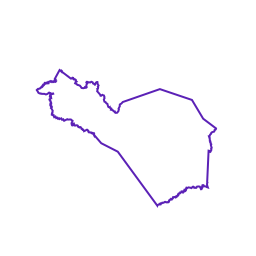 Derwent Valley, Tasmania, Australia (Robinson projection), rotated 208°
{"feature_id": "25037944B77062531378131", "entity_name": "Derwent Valley", "entity_type": "district", "adm_level": 2, "iso_a3": "AUS", "parent_name": "Australia", "parent_adm1": "Tasmania", "projection": "robinson", "projection_center": [146.703, -42.804], "detail": "fine", "context": "isolated", "style": "outline", "palette": "violet", "viewbox_px": 256, "rotation_deg": 208, "n_neighbors": 0, "source": "geoboundaries", "source_scale": "gbopen_adm2", "svg_char_len": 5851}
<svg xmlns="http://www.w3.org/2000/svg" viewBox="0 0 256 256"><g transform="rotate(208 128 128)"><path d="M208.0,113.2L207.5,112.2L207.3,112.2L207.4,111.8L206.0,111.4L206.1,110.9L205.4,110.8L205.5,110.5L205.1,110.4L205.3,109.4L204.6,109.2L202.5,107.8L202.1,105.7L201.8,105.8L201.5,104.8L201.8,104.7L201.6,104.1L200.8,104.3L200.7,104.0L199.6,104.3L199.5,103.9L198.2,102.9L197.4,104.1L196.7,103.7L196.8,103.6L196.0,103.0L195.1,104.0L194.1,103.3L193.4,104.2L192.7,103.7L191.4,105.2L190.0,104.3L189.2,105.3L187.8,104.4L185.8,107.2L185.5,107.1L185.0,107.2L183.1,108.4L182.3,108.7L181.4,108.4L180.4,108.4L180.1,107.4L180.2,106.4L180.1,105.7L179.1,104.4L178.6,104.1L178.0,104.3L177.5,104.9L177.6,105.3L178.2,106.0L177.9,106.5L176.8,105.6L175.9,105.2L174.8,106.2L174.1,106.5L173.4,106.5L173.0,105.9L172.4,105.6L171.8,105.6L171.3,106.0L170.9,105.8L170.7,106.0L170.6,106.4L170.2,106.5L169.9,106.2L169.0,106.0L168.5,105.4L167.9,105.7L167.1,105.6L166.9,105.4L167.4,105.2L167.0,105.0L166.1,105.2L165.6,105.0L165.3,104.6L164.3,105.9L163.7,107.0L163.3,107.3L161.8,107.0L161.5,106.7L161.5,106.3L161.1,106.0L160.3,105.8L159.5,106.4L158.6,106.4L158.3,106.8L158.2,106.8L158.2,106.5L157.6,106.3L156.9,106.6L157.1,107.0L156.9,107.1L156.6,107.0L156.3,106.5L156.0,106.4L155.7,106.7L155.9,107.2L155.7,107.4L155.2,107.0L155.4,106.3L154.5,105.9L154.6,105.7L153.9,105.2L153.9,105.6L153.5,105.5L144.5,102.0L125.9,102.3L65.7,73.2L65.8,73.6L65.3,74.4L64.6,75.0L64.6,75.7L63.9,75.6L63.4,75.8L63.5,76.5L63.3,76.7L63.5,77.1L62.6,77.7L62.6,78.2L61.8,78.5L61.5,78.7L60.9,79.9L60.7,80.1L60.4,80.0L60.1,80.3L59.1,80.4L58.7,80.9L58.2,80.9L57.9,81.3L57.7,81.3L57.6,81.7L57.3,81.8L57.2,82.3L57.6,82.7L57.6,83.2L57.7,83.4L57.4,83.7L57.3,84.5L56.4,84.9L56.4,85.1L56.8,85.3L56.8,85.5L56.1,85.6L56.2,85.8L55.8,85.9L55.5,86.3L55.5,86.6L55.7,87.8L55.2,87.8L55.0,88.6L54.1,89.1L53.3,89.0L53.2,89.2L53.8,89.4L53.3,89.7L53.2,90.2L53.3,90.6L52.9,90.8L52.6,90.8L52.6,91.1L52.1,91.7L52.2,92.1L52.1,92.3L52.7,92.7L52.6,93.8L52.3,94.2L52.0,94.1L51.9,94.5L51.5,94.6L51.3,95.1L51.5,95.5L51.1,95.6L50.9,96.1L51.0,97.1L50.3,97.3L49.8,96.9L49.2,96.8L49.1,97.9L49.3,98.2L48.8,98.5L49.0,99.3L48.6,99.2L48.5,98.3L47.8,99.2L47.6,100.1L47.7,100.6L48.6,100.8L48.1,101.7L48.4,102.3L48.4,102.7L47.5,102.7L46.8,103.9L44.8,104.6L43.9,104.6L43.6,105.1L43.4,106.2L43.0,106.8L42.2,106.8L41.6,106.4L41.5,106.7L40.5,106.7L40.1,107.2L39.7,107.2L39.6,107.4L39.8,107.7L39.5,108.7L38.1,109.6L37.1,109.9L36.0,109.2L34.8,108.2L34.4,108.5L34.6,109.0L34.4,109.7L34.7,110.0L34.5,110.4L35.1,110.7L34.9,111.4L35.4,112.2L35.1,112.5L35.0,112.8L34.6,112.9L34.4,112.5L34.0,112.6L33.3,112.3L32.9,112.6L32.0,112.8L31.3,113.3L30.8,112.8L29.6,113.0L31.0,114.3L32.0,115.7L32.3,117.2L32.7,117.4L46.2,145.8L45.5,146.0L44.8,145.4L44.2,145.4L44.1,145.6L44.0,146.2L44.2,146.8L44.1,147.8L44.9,148.7L45.0,149.3L44.8,149.5L45.0,150.1L45.6,150.5L46.1,151.1L46.5,151.4L47.0,152.1L46.9,152.4L47.3,152.7L47.2,152.9L47.7,153.1L47.9,153.6L48.6,153.9L48.6,154.2L48.9,154.2L49.2,154.8L49.5,154.9L49.5,155.3L50.1,155.6L50.6,156.7L51.4,157.4L51.3,157.7L51.8,158.4L52.4,158.4L52.7,158.7L52.3,159.0L52.3,160.2L52.4,160.8L52.0,161.5L52.1,162.1L52.0,162.5L52.2,162.9L51.7,163.9L50.3,165.2L50.3,166.2L50.6,166.8L50.3,167.4L50.0,167.6L49.9,168.5L50.3,168.7L50.3,169.0L66.0,171.5L84.7,182.8L118.1,177.3L144.8,148.5L145.4,146.2L146.0,145.6L146.2,144.7L146.1,144.3L145.5,143.6L145.4,140.6L144.8,140.2L144.7,139.4L144.4,138.7L144.5,137.9L144.7,136.5L145.9,135.6L146.8,135.6L147.3,136.4L148.5,136.0L149.0,136.4L149.6,136.4L150.0,136.6L151.7,136.1L151.8,136.4L151.7,137.3L151.8,137.4L153.5,137.3L153.8,137.5L154.0,137.9L154.3,137.5L155.0,137.3L155.9,137.9L157.6,139.7L158.4,139.6L159.6,140.0L159.9,140.3L161.2,140.2L162.7,141.8L162.7,143.2L163.2,143.7L163.3,144.3L164.5,145.4L165.1,145.2L166.1,145.3L166.8,144.4L166.9,143.8L167.4,143.6L168.3,144.4L172.5,146.0L172.7,147.1L172.9,147.6L173.5,148.1L173.1,148.9L173.5,150.0L174.0,150.4L173.9,150.7L174.0,151.8L175.2,152.3L176.6,154.2L177.1,153.9L177.5,153.3L177.7,152.0L177.4,150.9L177.5,150.7L178.9,151.0L179.7,150.9L180.6,151.7L181.9,151.7L182.2,151.5L182.5,150.8L182.8,150.4L183.4,150.3L184.2,149.8L185.5,149.7L186.1,149.4L186.2,148.9L186.2,148.7L184.9,148.0L185.1,147.4L184.6,145.4L183.7,144.8L183.6,144.6L183.8,144.0L184.6,143.4L185.3,143.6L185.4,142.8L185.9,142.3L187.6,141.6L188.2,141.7L188.9,142.2L190.3,142.8L192.0,142.6L192.9,142.3L194.0,142.7L195.6,142.6L195.6,143.2L195.9,143.7L195.2,144.8L195.9,145.0L196.4,145.7L196.7,146.0L197.9,146.1L198.2,145.6L198.6,145.8L199.0,145.5L200.0,145.8L199.8,146.1L200.0,146.5L200.7,146.3L201.1,145.2L201.6,144.8L212.8,146.6L212.8,146.4L213.5,146.6L213.3,147.3L213.6,147.4L213.7,146.8L215.6,147.1L215.7,137.0L214.8,136.9L215.0,135.9L213.5,135.7L213.6,135.0L214.1,135.1L214.2,134.7L214.4,134.8L214.5,134.6L215.1,134.7L215.3,133.8L215.9,133.9L216.1,133.3L217.2,133.5L217.4,132.7L218.1,132.9L218.1,132.5L218.9,132.5L219.4,131.6L219.6,131.6L219.8,131.2L219.3,130.4L219.8,130.1L219.6,129.9L220.3,129.5L220.5,129.8L220.6,129.4L221.4,129.6L221.6,128.8L221.9,128.9L222.1,128.4L222.7,128.5L222.7,128.1L222.4,128.0L222.5,127.6L222.2,127.6L222.3,126.9L222.7,127.0L222.9,126.0L223.3,126.1L223.4,125.4L223.1,125.1L222.8,125.0L222.9,124.5L223.0,124.5L223.1,123.9L223.4,123.9L223.6,123.3L223.8,123.4L224.0,122.7L223.8,122.7L224.3,121.5L224.6,121.2L224.8,121.2L225.7,120.1L225.9,120.1L226.4,118.7L226.1,118.4L225.7,118.4L224.8,117.9L223.8,117.1L222.9,117.0L222.0,117.1L221.4,117.5L220.8,117.4L220.5,117.7L219.9,117.8L217.8,118.9L216.2,119.1L215.1,120.3L214.5,121.8L213.1,122.4L211.7,122.3L210.3,123.3L210.1,123.1L211.2,122.1L211.7,122.0L213.0,122.1L212.5,121.5L211.9,119.5L211.1,120.0L210.2,118.8L210.5,118.8L210.3,118.4L210.6,118.3L210.4,117.9L210.7,117.8L210.3,116.7L210.7,116.3L210.0,115.6L209.6,115.9L207.5,114.0L207.3,113.6L208.0,113.2Z" fill="none" stroke="#5b21b6" stroke-width="2"/></g></svg>